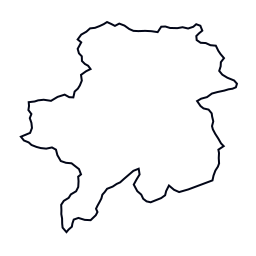 outline of Serra Negra, São Paulo, Brazil, rotated 273°
{"feature_id": "56859067B13856300620043", "entity_name": "Serra Negra", "entity_type": "district", "adm_level": 2, "iso_a3": "BRA", "parent_name": "Brazil", "parent_adm1": "São Paulo", "projection": "natural_earth1", "projection_center": [-46.694, -22.584], "detail": "fine", "context": "isolated", "style": "outline", "palette": "ink", "viewbox_px": 256, "rotation_deg": 273, "n_neighbors": 0, "source": "geoboundaries", "source_scale": "gbopen_adm2", "svg_char_len": 2103}
<svg xmlns="http://www.w3.org/2000/svg" viewBox="0 0 256 256"><g transform="rotate(273 128 128)"><path d="M97.4,220.8L102.8,220.2L107.7,220.2L111.1,219.4L114.9,224.5L117.5,221.7L122.2,218.7L126.6,215.5L131.1,212.8L134.3,211.8L139.1,212.8L143.9,211.4L147.0,210.8L150.6,207.5L151.5,202.4L153.7,199.3L158.5,195.6L161.1,199.5L163.0,205.3L166.8,210.0L168.6,215.5L170.4,222.2L171.9,226.4L172.7,230.3L174.3,233.6L177.9,234.5L181.0,231.5L183.4,224.6L186.2,219.4L189.8,216.1L194.4,217.3L198.6,217.3L202.8,220.2L206.6,216.6L209.9,214.1L214.8,211.4L215.0,206.0L216.9,201.2L216.9,196.1L219.4,192.0L223.4,191.4L226.3,194.0L229.1,197.1L233.9,194.9L235.2,190.7L232.5,187.9L230.5,182.8L231.5,177.2L230.3,172.1L230.1,164.7L231.3,160.0L230.9,155.9L225.3,152.6L225.9,146.3L225.9,140.0L225.3,133.4L225.3,128.3L226.9,124.1L230.1,119.1L231.8,113.8L229.3,109.6L231.1,105.6L232.7,101.5L230.5,98.4L228.3,94.3L226.3,89.8L225.5,84.9L222.0,81.4L218.8,76.4L213.8,73.1L211.1,76.8L204.4,73.6L200.0,75.1L197.2,78.1L192.5,78.5L189.7,81.6L188.1,84.9L184.9,87.5L182.5,83.2L178.6,78.3L172.9,79.4L168.0,77.7L164.7,75.9L161.6,72.8L155.7,71.8L155.7,67.7L158.0,63.0L155.4,56.1L151.1,49.7L151.8,42.3L150.9,36.8L149.6,33.4L148.6,27.5L144.8,28.0L140.7,27.6L136.9,30.8L132.7,29.4L128.0,31.3L123.0,32.1L118.0,30.5L113.7,21.5L110.1,24.7L108.4,29.6L106.0,32.5L104.3,37.6L103.4,41.9L103.1,47.4L104.6,53.1L102.6,57.2L97.2,58.9L91.5,62.6L90.0,67.9L89.8,73.5L87.8,76.3L84.4,81.2L79.2,83.5L76.8,80.8L72.3,81.4L66.5,81.4L62.1,79.5L58.7,74.4L55.1,72.4L51.9,67.7L47.8,65.3L42.4,65.8L38.5,65.9L34.2,66.9L28.9,67.3L25.1,67.9L20.8,72.0L23.5,74.0L26.5,77.1L29.8,77.5L33.7,78.6L35.6,83.2L34.0,89.6L34.0,95.5L39.2,100.4L42.5,101.9L45.7,100.3L48.8,101.6L52.9,103.6L56.2,105.1L60.1,105.9L62.7,108.0L66.2,110.3L68.7,115.8L71.6,119.7L73.3,123.0L77.0,126.7L85.5,135.6L87.9,140.8L82.2,142.0L76.8,139.1L71.8,136.7L65.4,140.6L62.2,144.7L58.1,146.9L55.7,150.4L55.0,154.5L57.5,159.9L59.7,164.7L62.8,168.6L67.0,169.4L72.7,171.9L68.7,177.2L66.7,182.4L69.8,191.4L80.1,215.1L85.0,215.9L90.1,217.5L94.1,219.8L97.4,220.8Z" fill="none" stroke="#020617" stroke-width="2"/></g></svg>